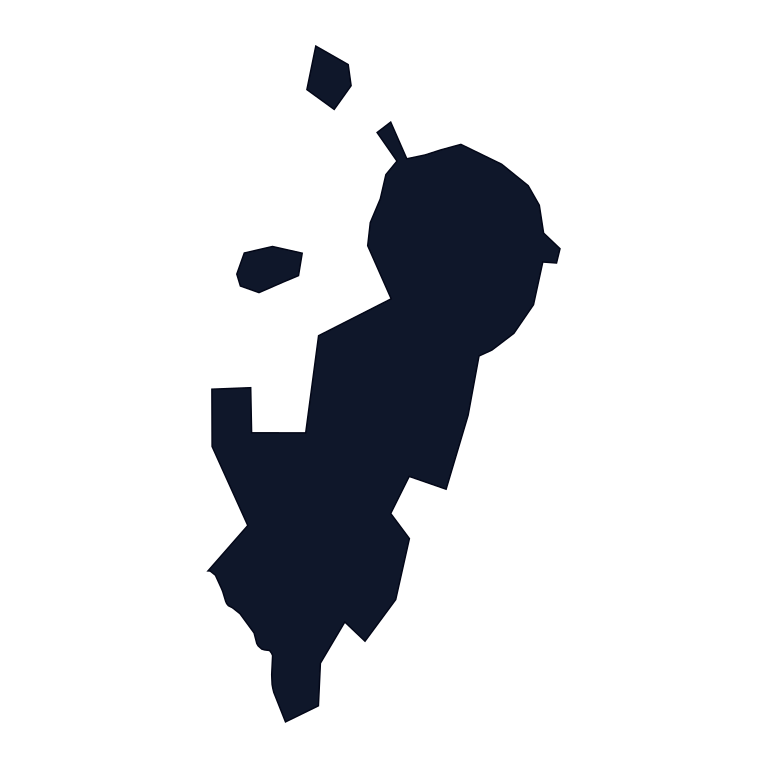 the Federal City of Moskva
{"feature_id": "RUS-2365", "entity_name": "Moskva", "entity_type": "Federal City", "adm_level": 1, "iso_a3": "RUS", "parent_name": "Russia", "parent_adm1": "", "projection": "orthographic", "projection_center": [37.264, 55.525], "detail": "fine", "context": "isolated", "style": "filled", "palette": "ink", "viewbox_px": 768, "rotation_deg": 0, "n_neighbors": 0, "source": "natural_earth", "source_scale": "10m", "svg_char_len": 1077}
<svg xmlns="http://www.w3.org/2000/svg" viewBox="0 0 768 768"><path d="M285.5,721.9L273.8,692.4L272.8,688.3L272.1,684.4L271.7,674.7L272.6,655.5L271.5,653.1L269.6,650.5L264.6,649.9L261.8,649.1L258.2,645.9L256.8,643.5L254.1,633.0L240.0,613.7L232.4,607.7L228.4,605.7L226.7,603.6L225.7,601.4L222.8,591.8L221.8,589.2L215.4,575.2L210.1,571.0L208.0,570.9L247.8,525.5L212.1,446.5L211.9,389.2L250.7,387.7L251.6,432.8L305.7,432.9L318.6,335.7L391.2,298.8L367.7,245.7L370.3,222.6L380.3,198.9L385.9,174.6L397.0,161.1L377.1,132.5L390.7,122.1L406.8,158.8L424.9,155.0L441.4,149.7L460.9,144.4L501.6,164.2L528.2,185.7L539.3,205.2L543.6,233.1L560.0,248.7L556.5,263.0L542.8,262.0L533.5,304.7L513.9,333.3L492.0,350.0L479.0,356.0L468.1,415.3L446.1,489.2L409.2,476.4L390.7,513.5L409.4,538.6L395.7,599.6L365.0,641.2L344.8,622.0L320.4,663.2L318.4,705.8L285.5,721.9ZM272.5,246.5L302.2,253.2L298.5,275.6L282.8,282.2L259.0,292.6L240.4,286.0L236.8,274.1L244.3,253.0L272.5,246.5ZM315.8,46.1L348.2,64.6L351.1,85.7L334.2,109.4L306.9,89.6L315.8,46.1Z" fill="#0f172a" stroke="#020617" stroke-width="1.5"/></svg>